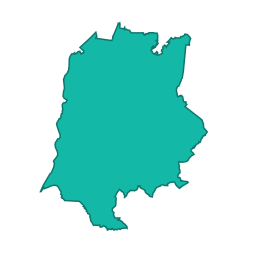 the district of Tlalpujahua, Michoacán, Mexico, rotated 187°
{"feature_id": "50627088B72545798273155", "entity_name": "Tlalpujahua", "entity_type": "district", "adm_level": 2, "iso_a3": "MEX", "parent_name": "Mexico", "parent_adm1": "Michoacán", "projection": "natural_earth1", "projection_center": [-100.216, 19.784], "detail": "fine", "context": "isolated", "style": "filled", "palette": "teal", "viewbox_px": 256, "rotation_deg": 187, "n_neighbors": 0, "source": "geoboundaries", "source_scale": "gbopen_adm2", "svg_char_len": 5765}
<svg xmlns="http://www.w3.org/2000/svg" viewBox="0 0 256 256"><g transform="rotate(187 128 128)"><path d="M207.1,54.2L206.5,54.3L205.2,57.0L204.8,57.2L205.2,58.9L204.4,58.9L203.5,57.7L200.5,59.2L197.3,61.2L194.2,62.2L192.0,62.2L190.4,61.4L187.2,57.1L186.5,55.9L186.4,54.3L186.6,53.9L185.4,53.3L185.4,52.1L185.1,51.7L185.7,51.2L184.8,50.2L183.4,49.9L182.1,48.3L167.3,49.3L162.2,45.5L162.0,44.8L162.2,44.7L161.7,44.6L161.8,43.4L160.7,42.6L160.3,43.0L160.2,42.2L159.3,41.8L159.1,41.4L159.3,40.6L159.0,40.0L157.5,39.3L157.6,38.3L157.3,38.0L155.9,37.7L155.5,37.4L155.0,36.2L155.0,34.8L154.2,33.7L154.1,32.5L153.4,30.9L152.0,29.6L151.1,28.1L150.1,27.2L148.7,27.6L145.6,27.7L144.3,28.2L143.8,26.6L143.1,26.2L141.8,26.6L140.7,28.0L140.3,28.1L139.6,27.6L138.3,27.5L137.6,26.3L136.7,26.1L136.2,24.4L136.0,24.2L135.5,24.4L134.7,25.6L133.8,25.3L131.8,25.3L131.5,26.4L130.8,26.2L130.2,25.5L129.4,25.0L129.0,25.6L128.5,25.7L127.3,25.8L126.5,25.6L126.0,26.3L124.4,27.0L123.7,26.5L123.2,26.5L122.4,27.4L119.8,28.1L117.3,28.5L116.7,28.3L117.0,29.9L117.4,30.4L119.4,32.2L120.4,32.5L121.7,33.6L122.0,34.1L122.6,34.2L123.5,34.9L123.9,34.8L124.9,35.6L126.7,35.3L125.7,36.8L125.2,37.1L125.1,37.5L125.2,37.8L126.0,37.4L127.7,37.5L128.8,37.0L130.1,37.3L130.3,37.8L131.0,38.4L131.4,39.5L131.8,40.0L131.8,40.7L131.5,41.9L132.1,42.8L132.9,43.0L133.5,43.8L133.6,46.2L132.3,47.6L131.9,48.3L131.1,48.9L130.8,49.7L130.8,51.7L131.0,53.1L131.3,53.5L131.0,54.1L131.2,56.7L131.8,57.9L132.6,58.3L132.1,59.1L130.8,63.0L129.1,65.4L129.0,66.1L127.4,65.1L126.8,64.2L125.5,64.0L124.7,63.4L122.9,59.9L123.1,57.9L122.2,60.3L121.3,60.4L121.3,61.0L120.3,63.9L118.8,65.2L118.3,66.4L117.3,66.2L116.4,66.6L115.9,66.4L114.9,66.7L114.2,66.4L112.9,67.0L111.7,67.9L111.3,68.7L110.9,70.2L111.3,71.7L111.0,71.8L110.3,71.4L109.0,72.0L108.7,71.7L108.9,70.9L108.7,70.4L107.3,69.6L105.1,69.1L103.7,68.0L103.4,68.0L103.3,67.2L102.6,66.0L100.5,64.7L98.8,64.2L98.8,63.3L97.6,62.7L95.5,62.5L95.3,66.1L94.2,68.1L93.3,70.7L92.3,72.6L89.0,74.2L87.5,75.7L86.5,76.0L84.7,75.4L81.6,75.7L81.5,76.0L82.1,76.3L82.2,76.7L81.5,77.8L79.1,79.3L75.7,80.1L74.9,79.7L73.5,77.4L72.5,76.4L69.6,74.4L69.0,75.1L68.3,75.4L68.1,76.1L61.9,81.0L61.7,81.4L62.4,82.0L66.6,82.0L68.3,82.4L69.2,81.9L69.7,83.9L70.4,85.0L70.9,85.2L72.0,84.8L72.4,84.9L72.6,85.2L72.7,87.0L72.0,88.8L71.3,89.3L71.0,90.0L71.0,91.0L71.5,92.6L72.6,94.8L72.3,95.8L72.4,96.5L73.4,98.9L73.4,100.8L72.3,100.5L69.6,100.8L67.9,101.2L65.6,102.1L64.5,103.1L63.9,105.0L61.5,108.2L59.3,109.8L60.6,111.4L62.4,112.5L62.8,113.1L62.9,113.6L62.6,114.4L60.8,116.0L60.3,116.1L60.5,116.4L61.3,116.3L61.3,116.5L59.7,116.9L59.9,118.1L59.4,117.9L59.1,118.0L58.2,120.1L56.7,120.9L56.1,121.5L55.9,122.7L55.5,122.2L54.6,122.7L53.9,126.2L53.7,126.7L53.1,127.0L52.5,129.3L50.9,129.8L50.4,130.3L50.8,130.7L49.6,132.2L48.9,133.9L53.0,137.6L53.6,141.1L55.4,144.7L56.1,145.4L74.1,156.2L73.1,157.5L72.5,158.7L73.3,159.1L73.7,159.6L73.5,160.8L74.0,161.0L75.2,160.6L76.4,161.6L76.5,162.5L77.7,165.9L78.5,166.2L78.7,166.7L79.5,166.6L80.1,166.1L80.2,166.5L82.1,165.1L82.9,165.9L83.7,168.9L84.3,170.1L84.7,172.4L83.9,175.2L83.5,175.6L82.8,175.7L81.1,181.4L81.0,182.7L80.3,184.3L80.0,191.1L80.7,217.6L77.2,217.7L77.2,218.7L77.6,219.8L77.3,222.4L76.7,224.3L77.8,225.7L80.1,227.7L81.4,228.1L82.5,227.9L82.8,228.2L83.1,227.9L83.0,227.6L83.3,227.0L84.4,225.9L84.9,225.8L85.1,225.3L86.8,225.2L87.4,223.6L90.2,223.3L92.3,223.6L92.4,222.5L95.0,222.0L96.1,222.9L98.0,219.8L99.5,218.0L97.1,218.1L98.2,216.0L99.2,214.6L99.9,212.9L100.5,213.9L101.5,214.7L101.9,214.7L102.1,213.9L103.1,213.4L103.2,212.6L102.5,212.5L103.2,212.3L102.8,210.8L103.7,210.2L104.1,209.7L104.1,209.0L104.1,208.3L103.3,208.0L103.1,206.1L106.1,204.4L108.0,203.8L107.6,206.2L108.6,207.2L108.9,207.3L109.8,205.1L110.2,205.4L110.5,204.9L110.4,204.5L110.6,204.3L112.3,205.4L113.4,206.5L113.5,207.2L114.5,207.8L114.3,207.9L114.3,208.7L113.4,209.6L113.8,209.7L111.5,210.3L114.2,210.6L113.0,212.4L112.7,211.7L112.3,211.5L112.2,212.0L111.6,211.5L111.1,212.1L111.0,211.5L110.7,211.5L110.8,212.7L109.7,213.3L109.3,214.3L109.8,214.5L109.3,215.1L108.8,215.0L108.5,215.7L109.5,215.7L109.1,218.0L110.7,218.1L109.4,219.7L109.9,224.1L110.8,225.7L113.3,225.3L114.0,225.7L119.4,225.0L119.0,225.0L119.0,224.7L119.7,224.1L119.4,223.9L119.5,223.7L120.1,224.2L120.5,224.1L120.6,223.8L121.9,223.6L121.8,223.4L122.6,223.0L122.4,222.5L122.8,222.2L123.3,222.4L123.2,222.7L123.7,222.7L124.6,223.6L124.3,224.2L124.5,224.3L136.4,222.8L138.3,225.1L141.1,225.3L141.5,225.8L141.7,225.6L142.9,225.8L143.3,226.3L143.6,227.5L143.8,227.1L143.8,225.7L144.0,225.9L147.7,226.1L148.4,226.4L148.5,229.4L149.0,230.8L148.6,231.8L149.1,231.3L149.7,230.0L149.9,230.4L150.2,230.2L150.5,230.5L150.7,228.7L154.0,217.1L154.3,217.0L154.0,215.6L154.7,212.8L170.4,213.1L170.9,212.9L171.1,213.6L170.1,214.6L170.1,215.0L171.6,219.1L176.9,212.2L185.5,202.1L182.3,199.7L181.6,199.6L181.1,197.5L181.3,197.2L182.6,196.9L182.9,195.9L183.6,195.7L184.9,197.8L185.2,197.7L185.3,198.2L185.8,197.8L186.3,197.9L187.4,197.1L187.6,196.6L188.1,196.1L188.0,195.7L189.2,195.6L189.9,194.9L190.4,195.1L190.4,195.9L191.3,195.0L193.0,194.6L194.1,192.2L194.7,189.6L194.0,182.3L194.0,178.3L195.2,174.7L197.1,172.1L197.4,169.6L197.8,169.1L197.8,168.0L195.9,159.9L196.4,156.0L196.3,151.4L194.8,149.6L193.5,149.0L192.1,148.8L191.8,148.4L193.0,145.5L193.7,145.5L195.3,144.9L196.1,143.2L195.6,140.6L195.0,138.5L195.0,137.8L195.4,137.0L195.1,136.3L195.1,134.3L195.9,133.8L196.0,130.1L196.4,129.0L197.3,129.0L199.4,123.8L199.2,122.7L198.0,119.9L194.7,113.2L194.2,111.1L194.7,109.6L195.7,108.5L196.4,108.6L198.3,104.4L198.3,102.2L197.9,100.8L197.4,99.5L195.2,95.9L194.5,93.3L194.9,91.1L197.4,87.1L197.9,86.0L196.7,83.8L196.9,80.2L198.6,74.2L199.8,73.1L205.2,60.6L207.1,54.2Z" fill="#14b8a6" stroke="#0f766e" stroke-width="1.5"/></g></svg>